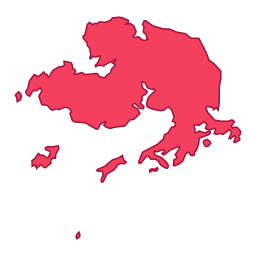 Ongjin, Hwanghae-namdo, North Korea (orthographic projection)
{"feature_id": "82179303B18261928237919", "entity_name": "Ongjin", "entity_type": "district", "adm_level": 2, "iso_a3": "PRK", "parent_name": "North Korea", "parent_adm1": "Hwanghae-namdo", "projection": "orthographic", "projection_center": [125.207, 37.865], "detail": "fine", "context": "isolated", "style": "filled", "palette": "rose", "viewbox_px": 256, "rotation_deg": 0, "n_neighbors": 0, "source": "geoboundaries", "source_scale": "gbopen_adm2", "svg_char_len": 4483}
<svg xmlns="http://www.w3.org/2000/svg" viewBox="0 0 256 256"><path d="M220.8,71.1L216.4,66.4L213.5,63.3L209.0,60.2L206.1,52.4L198.8,38.3L191.3,38.3L185.4,33.7L176.5,32.1L169.1,29.0L163.2,28.9L152.8,25.8L145.6,20.7L144.1,20.8L142.6,24.5L144.1,27.2L143.3,31.2L143.8,32.9L146.2,34.3L146.4,37.5L147.9,39.1L144.8,40.5L142.4,40.0L138.5,36.8L134.2,37.4L133.0,36.4L135.4,33.8L136.1,31.4L135.7,30.5L133.8,25.9L130.6,23.6L126.0,24.1L128.6,22.0L128.4,20.4L122.1,17.7L119.0,17.2L112.5,17.9L110.3,20.3L107.5,21.7L104.5,22.3L99.9,21.8L96.5,23.7L94.8,23.3L92.7,24.6L89.4,22.4L87.4,24.3L85.3,32.8L84.7,35.4L82.9,36.2L83.3,38.3L86.8,42.4L87.4,45.7L89.3,47.7L90.8,54.5L89.8,58.1L90.7,58.8L93.1,56.4L95.9,57.0L99.9,55.9L100.2,57.1L97.7,63.0L95.2,65.5L95.7,66.7L98.8,65.2L103.6,65.9L107.9,63.1L111.6,61.9L113.6,60.4L115.4,59.0L115.6,61.1L112.7,63.3L114.7,64.4L115.1,65.5L111.5,69.0L110.6,72.8L107.0,74.8L104.8,77.9L99.1,76.5L98.0,74.1L96.9,73.5L85.2,74.5L81.6,72.5L76.6,74.3L74.3,74.2L75.6,71.7L74.9,69.6L72.9,68.6L72.1,65.0L71.8,63.7L70.9,62.6L64.0,61.2L64.4,65.0L63.2,66.3L59.0,66.8L52.7,70.5L49.4,76.5L48.3,77.0L46.8,74.3L45.2,74.3L43.8,71.9L39.4,75.8L37.5,76.4L36.4,75.7L34.3,74.4L29.5,80.8L27.8,88.3L26.4,90.7L25.6,92.0L27.2,94.8L29.6,96.3L33.0,90.7L36.3,90.5L36.8,90.5L40.1,88.0L42.0,90.4L38.8,96.2L41.8,104.6L47.5,105.5L50.9,109.5L53.0,110.2L56.0,108.8L59.3,109.6L64.6,107.2L67.9,107.8L70.2,109.3L70.3,109.6L71.4,112.1L69.9,113.4L72.4,120.6L74.4,121.9L85.6,122.9L96.4,129.2L98.3,128.7L99.7,124.8L104.9,121.6L106.0,122.1L103.7,125.3L106.6,127.4L109.9,128.4L115.8,127.0L119.6,126.6L124.6,126.1L130.0,119.9L133.7,119.5L139.9,113.5L137.8,109.0L132.2,105.7L133.3,104.0L135.0,103.5L140.2,108.5L143.5,108.7L143.8,106.3L140.3,103.0L142.2,99.9L141.7,98.0L142.5,95.9L145.6,94.2L147.2,92.0L146.7,90.7L143.5,88.8L142.3,86.9L141.6,84.5L142.0,81.8L145.4,83.0L146.8,86.7L148.6,88.5L154.1,89.4L155.4,90.3L149.7,95.9L147.5,99.6L146.5,104.2L147.3,106.8L151.4,108.8L160.2,110.7L163.5,110.3L168.5,106.7L171.5,109.7L174.1,116.7L172.4,121.4L175.1,122.4L175.4,124.3L174.6,126.6L171.5,127.2L168.2,132.7L164.4,134.8L163.5,138.9L157.6,144.3L142.6,152.2L138.6,161.9L139.4,163.5L141.1,163.0L146.2,156.6L148.4,156.4L150.8,159.2L155.3,159.2L157.9,160.7L160.6,164.8L165.4,168.0L166.9,168.2L167.5,168.2L168.6,166.0L167.0,163.0L161.8,157.7L155.4,155.2L154.1,152.7L154.7,151.0L156.8,151.9L162.5,149.9L164.5,150.4L164.7,151.6L161.9,153.5L163.8,155.0L171.2,149.4L179.3,146.5L179.7,147.9L175.2,154.8L176.6,156.6L176.7,158.3L173.9,159.8L173.5,165.4L174.2,166.0L179.5,163.7L182.6,161.3L185.5,154.4L187.7,152.2L189.1,152.7L190.5,155.1L192.6,155.6L194.5,154.8L194.4,152.0L196.1,150.7L198.4,144.9L199.3,138.2L208.6,134.7L210.2,133.2L210.3,131.4L209.6,131.3L208.1,131.2L204.9,133.0L199.3,131.0L195.6,132.8L194.5,132.1L195.1,129.6L194.1,126.3L194.7,124.8L199.4,125.3L203.2,122.1L205.8,122.8L206.8,125.2L205.4,128.0L206.3,129.3L210.0,129.6L214.8,128.3L215.6,129.4L214.2,133.7L216.9,134.4L220.0,133.4L223.0,134.3L227.2,131.4L229.3,129.9L230.6,130.5L231.4,132.5L229.0,138.5L230.5,138.7L233.7,136.0L235.0,136.0L235.2,138.5L233.8,141.8L234.5,142.7L239.5,140.2L240.0,139.1L238.4,136.1L240.5,134.1L240.6,131.3L237.3,127.5L235.0,127.1L232.5,128.0L231.4,125.8L234.4,121.9L233.5,120.4L231.2,120.0L228.2,121.3L222.7,121.2L221.4,121.3L214.6,120.1L207.8,112.6L205.8,107.7L207.0,106.4L212.7,107.5L213.7,109.8L216.3,107.6L218.1,110.3L219.1,103.8L219.2,97.6L219.2,86.7L220.8,78.9L220.8,71.1ZM58.1,145.8L51.6,146.9L47.4,146.7L45.4,147.8L45.6,149.6L50.0,151.5L50.4,153.2L48.2,157.4L46.5,157.7L43.2,155.1L42.7,155.1L40.1,155.2L38.5,153.4L36.2,156.6L34.7,158.6L32.0,160.6L32.2,166.3L33.7,165.4L35.5,165.7L36.2,167.3L36.6,168.5L40.1,165.2L41.7,165.1L44.3,167.7L45.8,167.5L50.9,163.3L50.8,159.8L51.9,158.4L55.3,158.2L55.9,154.0L59.0,148.5L58.1,145.8ZM126.3,162.1L123.6,159.9L122.5,155.5L117.8,158.2L112.4,159.9L104.6,166.5L97.4,169.4L96.8,170.4L97.1,170.7L97.6,171.3L102.2,171.0L103.2,174.1L101.0,180.5L101.6,182.1L103.1,181.8L107.1,173.9L114.0,169.9L118.3,164.4L120.6,163.4L124.3,163.8L126.3,162.1ZM208.3,146.1L210.8,143.2L209.8,141.3L207.2,139.4L204.1,140.5L203.2,142.4L205.0,146.0L206.4,146.6L208.3,146.1ZM20.1,100.1L21.0,98.1L21.3,95.9L20.5,93.7L18.6,91.8L15.4,94.9L16.9,98.2L17.2,101.7L20.1,100.1ZM157.9,168.9L157.2,167.7L154.4,169.3L151.9,168.8L149.8,169.8L149.8,172.0L152.8,170.3L154.7,171.1L156.8,170.8L157.9,168.9ZM79.6,236.9L79.9,234.5L78.9,232.1L77.0,234.1L76.0,236.6L77.0,238.8L79.6,236.9Z" fill="#f43f5e" stroke="#9f1239" stroke-width="1.5"/></svg>